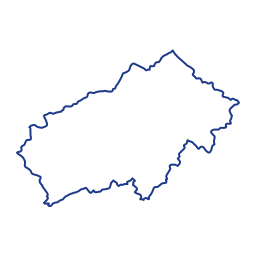 outline of Thong Nong, Cao Bằng, Vietnam, rotated 269°
{"feature_id": "81297802B64889817574793", "entity_name": "Thong Nong", "entity_type": "district", "adm_level": 2, "iso_a3": "VNM", "parent_name": "Vietnam", "parent_adm1": "Cao Bằng", "projection": "robinson", "projection_center": [105.937, 22.818], "detail": "fine", "context": "isolated", "style": "outline", "palette": "blue", "viewbox_px": 256, "rotation_deg": 269, "n_neighbors": 0, "source": "geoboundaries", "source_scale": "gbopen_adm2", "svg_char_len": 5732}
<svg xmlns="http://www.w3.org/2000/svg" viewBox="0 0 256 256"><g transform="rotate(269 128 128)"><path d="M55.9,142.3L56.8,142.7L57.7,144.2L57.7,144.9L57.2,145.9L56.5,147.1L56.5,147.5L56.8,147.8L58.3,147.6L59.5,148.2L61.0,149.6L64.0,151.3L67.4,152.7L68.1,153.4L68.5,154.2L68.5,156.1L68.8,156.9L69.8,158.4L71.2,159.9L72.2,161.7L72.4,164.3L72.7,165.1L73.2,165.3L73.7,165.5L74.6,165.2L75.0,165.0L75.7,165.1L76.3,166.2L76.9,166.1L78.2,165.5L79.3,165.4L80.6,166.0L85.2,169.0L86.4,169.5L86.9,169.6L88.6,169.0L89.1,169.0L89.9,169.4L90.5,170.3L90.6,173.8L90.3,175.0L89.3,176.9L89.4,177.2L91.5,179.0L92.4,179.4L93.7,179.3L96.5,177.3L96.8,177.4L97.5,178.3L98.1,178.8L98.5,179.0L99.0,179.0L100.0,178.6L100.8,178.5L101.4,178.8L102.0,179.2L106.6,184.0L107.3,184.3L108.1,184.2L108.8,183.6L109.5,183.6L109.8,183.7L111.2,185.9L111.8,186.4L113.9,187.2L114.5,187.2L114.7,187.4L114.7,187.6L114.3,187.9L113.9,188.5L113.2,190.9L112.9,191.7L112.5,192.2L111.4,193.2L108.8,195.8L106.6,197.4L106.0,198.1L106.0,198.5L107.8,200.2L108.1,201.0L108.0,201.6L107.5,203.0L106.9,203.5L104.0,205.5L102.8,206.8L102.3,207.6L102.0,208.5L102.2,209.2L102.7,209.8L104.6,210.9L107.8,211.7L109.0,212.4L110.1,214.0L110.5,214.2L111.3,213.9L112.4,213.7L114.1,213.8L116.8,214.5L117.6,214.5L118.3,214.3L120.2,212.5L122.1,211.0L122.9,211.0L123.9,211.7L124.5,212.7L124.9,214.0L124.8,218.0L125.0,218.7L126.4,220.3L126.6,221.3L126.4,223.4L126.7,225.5L127.2,226.1L127.7,226.2L129.1,225.8L129.7,225.9L130.1,226.2L130.5,226.7L130.5,230.3L130.6,230.7L131.0,230.9L131.9,230.7L132.9,230.2L133.6,230.2L135.7,231.4L137.7,231.8L138.3,232.2L139.9,231.2L142.6,230.1L143.5,229.9L145.2,230.3L149.2,234.7L149.4,235.2L149.5,235.9L149.5,236.9L149.9,237.8L150.6,238.8L151.3,239.3L151.8,239.2L153.7,237.6L154.3,235.9L155.5,233.5L155.4,232.7L154.6,231.7L154.4,231.0L156.4,228.7L156.9,226.3L157.3,225.1L157.6,223.8L157.7,223.5L158.2,223.2L158.7,223.1L160.0,223.6L160.9,223.9L161.9,223.8L163.2,222.3L164.0,220.0L164.6,218.0L164.8,216.2L164.8,215.4L165.1,215.0L167.9,213.5L168.7,213.4L170.8,213.6L171.3,213.4L172.1,212.3L171.8,211.4L171.4,210.9L171.1,210.2L171.1,208.8L171.9,207.6L172.6,205.8L172.7,204.8L172.5,204.3L172.1,203.5L172.2,203.3L173.0,202.8L175.1,202.0L175.6,201.7L176.2,201.0L176.4,200.2L176.3,197.2L176.6,196.8L178.3,195.6L179.4,194.2L179.9,193.8L180.5,193.7L180.9,193.8L181.9,194.6L182.9,195.0L184.8,194.8L186.2,193.4L188.0,191.1L188.8,189.4L189.4,188.4L191.8,185.9L196.2,181.1L198.8,178.4L201.3,176.2L204.6,174.1L204.1,173.4L203.0,172.2L202.1,170.0L201.0,168.2L199.5,164.9L197.3,162.5L195.9,161.9L194.2,160.7L193.4,160.0L193.2,157.6L192.7,156.9L192.0,156.3L190.2,155.2L189.6,155.2L189.5,154.5L189.3,153.5L189.5,151.7L189.4,151.4L188.8,151.2L187.3,150.7L186.5,150.5L186.0,150.6L186.0,150.4L186.0,149.1L185.8,148.4L185.4,147.6L185.4,147.2L185.7,146.5L186.5,145.9L187.4,144.8L188.1,143.4L192.0,135.8L192.3,134.9L192.3,134.4L191.9,133.3L190.6,132.1L189.5,131.5L186.4,130.4L185.3,129.6L184.5,128.5L183.2,125.6L182.9,124.4L182.4,123.8L180.1,122.9L177.1,121.4L173.7,119.4L170.9,117.4L170.0,116.6L167.8,115.9L167.6,115.4L167.2,113.7L166.7,113.5L165.6,113.3L165.2,112.9L164.8,112.1L164.6,110.9L165.1,107.2L165.5,106.2L165.5,105.5L165.1,102.8L165.2,100.5L164.4,96.6L163.6,94.9L163.6,94.4L163.6,93.7L164.1,92.1L164.1,91.1L163.8,89.4L163.1,88.7L160.3,87.8L159.6,87.2L159.2,86.4L158.7,84.8L157.7,83.0L156.3,81.0L155.5,79.0L155.1,78.4L153.6,77.5L153.0,77.0L152.9,76.3L153.0,75.5L152.7,73.8L151.5,72.9L150.7,71.9L150.5,71.0L150.6,68.0L150.9,66.7L150.5,65.8L150.0,65.0L149.2,64.1L147.6,63.8L147.2,63.6L146.5,62.2L145.6,61.6L144.7,56.6L143.5,53.4L144.5,50.9L144.5,49.9L143.0,47.1L142.6,46.2L142.4,44.9L141.9,44.4L141.4,44.2L140.5,44.5L136.8,46.2L134.2,47.0L132.9,47.1L132.1,46.9L131.6,46.5L131.1,45.8L129.7,42.0L129.8,41.2L130.3,38.5L130.8,37.3L132.6,34.9L132.7,34.2L132.6,33.4L132.2,31.8L131.8,30.7L130.6,29.6L130.4,30.0L129.1,30.4L121.9,30.4L120.7,30.7L119.0,30.7L118.4,30.5L118.0,30.1L117.8,29.0L117.8,27.4L117.6,26.6L116.8,25.9L115.3,25.1L113.8,24.5L112.8,23.8L112.0,22.3L111.1,21.2L110.6,20.9L110.0,20.9L109.1,21.2L107.8,21.2L107.5,21.1L106.8,20.6L106.4,20.1L105.7,17.1L105.3,16.7L105.0,16.7L104.5,17.1L101.7,21.0L99.9,22.8L96.6,24.4L94.1,24.4L92.5,24.1L91.5,24.3L91.0,24.6L88.9,27.8L88.0,29.0L86.5,30.1L84.7,30.8L83.9,31.5L83.4,32.6L82.1,36.8L81.1,38.8L80.8,39.5L80.2,39.8L78.5,39.4L78.0,38.9L76.5,38.7L75.5,38.9L74.5,39.3L73.4,40.1L72.2,41.2L71.5,41.5L71.1,41.4L64.5,46.0L63.5,46.5L62.6,46.5L62.0,46.5L61.3,45.8L60.8,45.8L59.8,46.6L59.4,46.7L58.5,46.4L57.2,45.4L54.7,42.8L54.4,42.8L53.9,43.4L53.8,44.5L54.0,46.9L53.9,47.4L53.7,47.6L52.6,46.9L52.2,46.9L51.7,47.2L51.4,48.3L51.4,49.2L51.6,49.8L52.4,50.5L53.7,51.5L54.1,52.1L54.6,53.8L54.8,55.5L55.3,56.8L56.7,58.7L57.0,59.4L57.4,60.7L57.9,61.8L59.7,63.3L60.7,64.5L61.4,66.1L63.0,69.1L63.4,70.6L64.2,72.9L64.7,75.2L65.7,77.5L67.0,79.3L67.5,80.2L68.1,83.0L68.9,84.3L68.9,84.7L68.5,85.3L68.0,85.8L64.8,88.1L63.8,89.5L64.1,90.2L64.6,90.9L65.8,91.9L66.1,92.4L66.1,92.6L65.9,92.9L64.7,93.6L64.5,93.9L64.3,95.0L64.6,96.9L64.8,97.6L64.8,98.7L65.1,99.5L65.6,100.1L66.6,100.7L66.9,101.6L67.2,104.0L67.6,106.4L67.9,107.6L68.3,108.4L69.6,109.1L71.6,109.7L73.3,110.1L75.7,112.4L73.7,115.3L73.2,115.9L71.7,116.2L71.0,116.7L70.4,117.4L70.2,117.8L70.3,118.0L71.5,119.6L71.5,120.0L71.2,121.1L71.2,121.7L71.8,122.9L72.1,124.0L71.9,125.8L71.9,126.2L72.0,126.4L73.9,126.2L74.4,126.9L75.3,129.0L76.0,130.3L77.5,131.4L77.5,131.6L75.4,133.8L75.0,133.9L74.8,133.8L73.7,132.3L73.1,132.2L72.1,132.4L70.9,132.0L70.2,133.1L68.6,134.9L67.6,135.8L66.9,135.9L66.3,135.8L64.7,134.5L63.7,133.8L63.2,134.2L62.2,136.2L61.5,138.4L60.7,139.3L59.9,139.8L59.0,140.0L58.0,139.9L57.1,139.2L56.6,139.1L56.4,140.3L56.3,141.6L55.9,142.3Z" fill="none" stroke="#1e3a8a" stroke-width="2"/></g></svg>